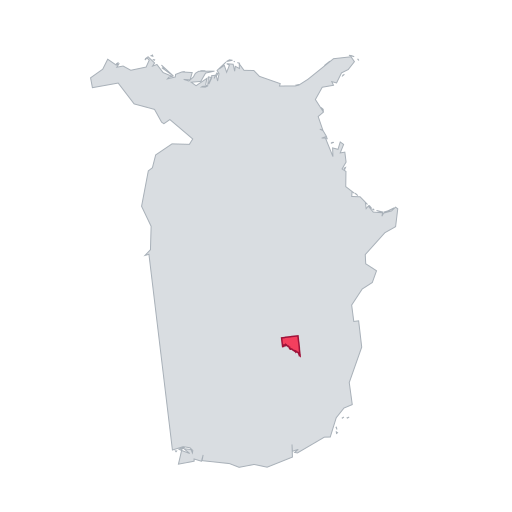 San Juan, Utah, United States of America (highlighted), rotated 264°
{"feature_id": "52423323B48895226682919", "entity_name": "San Juan", "entity_type": "district", "adm_level": 2, "iso_a3": "USA", "parent_name": "United States of America", "parent_adm1": "Utah", "projection": "orthographic", "projection_center": [-110.349, 37.749], "detail": "fine", "context": "in_parent", "style": "filled", "palette": "rose", "viewbox_px": 512, "rotation_deg": 264, "n_neighbors": 0, "source": "geoboundaries", "source_scale": "gbopen_adm2", "svg_char_len": 6087}
<svg xmlns="http://www.w3.org/2000/svg" viewBox="0 0 512 512"><g transform="rotate(264 256 256)"><path d="M420.0,150.7L442.4,137.0L440.5,110.9L450.5,110.1L457.8,123.1L467.2,129.1L460.5,136.9L461.2,139.6L458.3,137.3L458.8,143.7L453.8,150.9L455.4,166.5L462.0,170.3L464.3,168.2L462.5,166.1L463.9,166.8L465.4,169.5L458.6,175.3L455.7,173.0L456.8,177.5L448.1,182.8L443.4,191.4L442.9,188.0L441.4,186.4L442.5,194.5L445.0,195.0L446.8,201.5L445.1,211.7L438.1,208.9L439.2,202.5L437.0,207.5L440.6,212.5L444.0,214.8L445.7,218.3L444.2,234.0L443.2,225.0L435.4,219.3L435.6,209.7L431.6,214.2L437.8,225.7L431.7,223.9L430.2,225.0L430.3,220.5L429.8,219.4L429.2,223.1L430.1,225.7L439.1,227.4L438.2,230.3L433.4,227.3L431.9,227.1L437.8,230.6L440.0,230.8L440.0,234.4L436.9,232.9L442.1,236.1L441.4,237.1L438.9,235.4L434.0,236.1L441.2,238.3L444.6,236.7L452.1,246.5L446.0,239.1L448.9,244.4L441.8,246.0L448.5,249.5L450.3,247.0L449.1,253.3L442.0,254.1L446.8,255.2L444.2,259.1L448.9,259.4L441.9,263.5L440.7,273.2L434.3,278.2L424.9,298.1L422.6,297.1L421.0,312.8L421.4,316.3L426.3,326.1L444.1,353.7L444.2,371.3L439.0,374.2L431.8,367.2L429.2,360.2L419.7,354.2L421.5,349.6L417.7,350.9L416.9,339.5L405.4,331.4L392.1,338.1L388.2,332.4L374.3,335.6L375.5,332.7L373.6,335.8L367.5,338.6L366.4,333.6L366.0,337.4L346.8,342.9L355.5,343.5L353.5,348.7L360.6,351.7L357.8,354.8L349.7,350.5L350.0,355.2L340.0,355.4L333.6,350.7L330.7,354.3L315.6,352.5L308.1,360.4L310.0,358.3L305.2,357.4L304.0,365.7L295.6,372.3L297.5,370.4L291.6,370.5L293.9,372.9L287.4,377.2L285.7,386.4L282.4,385.4L285.3,387.4L286.6,395.4L290.0,399.9L288.1,401.9L270.6,397.9L265.7,386.6L246.0,364.8L236.8,364.3L228.7,374.3L217.5,368.9L212.1,358.2L197.2,346.0L180.7,346.4L180.8,351.3L154.3,351.6L120.4,335.5L98.2,336.2L95.6,327.6L86.8,318.9L68.2,310.9L68.7,305.0L55.8,276.6L56.6,273.9L59.3,277.8L58.0,271.8L64.8,272.1L52.2,271.2L44.8,245.0L48.9,232.3L47.6,217.1L52.3,208.0L58.1,181.0L63.7,182.6L57.6,180.3L60.6,173.2L58.4,173.0L57.1,157.1L70.4,161.7L66.5,169.4L71.8,164.3L70.4,171.0L66.8,172.2L69.2,172.8L72.2,170.3L74.0,163.6L71.8,152.6L268.9,149.7L268.2,145.7L273.3,151.7L296.5,154.8L317.4,147.4L351.9,157.8L354.6,162.2L367.0,166.8L376.3,184.2L374.0,201.4L379.0,205.3L400.7,184.6L397.2,178.2L399.0,176.1L412.4,170.4L420.0,150.7ZM452.2,184.6L455.8,181.9L443.6,192.7L453.0,182.1L452.2,184.6ZM71.9,159.2L73.1,163.8L72.9,164.4L70.8,160.8L71.9,159.2ZM289.5,398.5L286.6,391.8L286.3,387.7L287.1,391.9L289.5,398.5ZM461.6,136.9L462.6,139.0L461.8,138.9L461.6,136.9ZM334.1,352.7L334.7,354.3L332.9,353.3L334.1,352.7ZM75.0,318.4L77.3,317.7L77.4,318.0L75.0,318.4ZM72.7,317.5L71.7,318.6L71.1,317.5L72.7,317.5ZM462.2,173.9L461.7,175.7L461.3,175.5L462.2,173.9ZM287.2,383.8L286.3,387.2L288.7,380.6L287.2,383.8ZM438.7,344.5L442.1,349.9L438.2,344.0L438.7,344.5ZM85.9,324.8L86.7,326.6L85.7,324.9L85.9,324.8ZM445.3,371.9L444.0,374.5L445.9,369.4L445.3,371.9ZM453.9,250.1L453.1,253.1L452.5,246.9L453.9,250.1ZM70.6,155.5L70.4,156.7L69.7,156.0L70.6,155.5ZM294.2,374.1L291.1,376.1L294.2,373.6L294.2,374.1ZM466.1,172.6L466.7,174.1L465.4,174.3L466.1,172.6ZM85.5,329.7L86.1,331.8L85.2,329.9L85.5,329.7ZM290.5,377.4L289.2,378.4L290.2,377.0L290.5,377.4ZM446.0,221.1L445.5,225.0L445.8,219.8L446.0,221.1ZM307.3,362.0L305.4,363.6L308.1,360.9L307.3,362.0ZM421.8,314.3L422.1,316.9L421.4,315.2L421.8,314.3ZM449.6,259.5L449.2,260.2L450.3,257.6L449.6,259.5ZM397.0,336.1L394.9,338.1L393.9,338.1L397.0,336.1ZM366.5,338.3L366.1,338.9L364.7,339.1L366.5,338.3ZM426.7,361.2L427.4,362.9L426.2,361.0L426.7,361.2ZM361.0,343.5L360.9,345.3L360.2,342.3L361.0,343.5ZM441.0,378.1L439.7,378.7L441.4,377.6L441.0,378.1ZM446.9,202.7L446.7,204.6L446.8,202.0L446.9,202.7ZM452.0,254.2L451.5,255.0L451.3,255.1L452.0,254.2Z" fill="#d9dde1" stroke="#a8b0b8" stroke-width="1"/><path d="M158.2,283.5L158.0,283.9L158.0,284.0L157.8,284.2L157.6,284.2L157.5,284.3L157.4,284.4L157.3,284.5L157.5,284.7L157.7,284.8L157.6,285.0L157.4,285.0L157.4,285.3L157.5,285.3L157.4,285.5L157.2,285.6L157.2,285.8L156.8,285.9L156.6,285.8L156.5,285.7L156.4,285.6L156.2,285.6L156.3,285.8L156.5,285.9L156.5,286.0L156.3,286.2L156.3,286.5L156.2,286.6L156.1,286.8L156.1,287.0L156.0,287.3L155.9,287.5L155.7,287.5L155.6,287.8L155.5,288.0L155.4,288.1L155.2,288.1L154.9,288.2L154.7,288.3L154.5,288.2L154.4,288.3L154.2,288.3L153.9,288.4L153.7,288.4L153.3,288.6L153.2,288.8L153.1,288.7L152.9,288.8L153.0,288.9L153.0,289.1L152.9,289.1L152.8,288.9L152.6,288.8L152.5,288.7L152.4,288.7L152.4,288.8L152.5,288.9L152.6,289.0L152.4,289.2L152.4,289.3L152.2,289.2L152.0,289.4L152.6,289.4L152.8,289.4L153.9,289.4L154.5,289.4L157.3,289.4L158.4,289.4L158.6,289.4L159.5,289.4L159.7,289.5L163.7,289.5L163.8,289.5L164.9,289.5L167.1,289.4L168.3,289.4L169.3,289.4L170.2,289.4L170.3,289.4L170.6,289.4L171.0,289.4L172.2,289.4L172.2,288.6L172.2,288.4L172.2,288.2L172.2,287.4L172.2,287.2L172.2,286.6L172.2,285.3L172.2,284.0L172.2,283.9L172.2,283.5L172.2,282.7L172.1,282.1L172.1,281.6L172.1,281.2L172.1,280.6L172.1,280.2L172.1,279.8L172.1,279.7L172.1,279.4L172.1,278.7L172.1,278.4L172.1,276.7L171.9,275.7L171.9,275.4L171.9,272.9L168.3,272.9L163.6,273.0L163.8,273.2L163.7,273.5L163.5,273.4L163.4,273.5L163.6,273.6L163.8,273.9L163.5,274.2L163.7,274.3L163.7,274.5L163.8,274.4L164.0,274.2L164.0,274.3L163.9,274.5L164.1,274.7L164.3,274.6L164.2,274.8L164.1,275.0L164.3,275.1L164.2,275.3L164.4,275.3L164.4,275.5L164.6,275.5L164.7,275.8L164.8,275.9L164.5,276.0L164.8,276.2L164.6,276.3L164.8,276.4L164.4,276.7L164.4,276.8L164.4,277.0L164.2,277.1L163.9,277.3L163.7,277.3L163.5,277.5L163.4,277.6L163.4,277.8L163.2,278.0L163.1,278.3L163.1,278.5L162.9,278.5L162.8,278.4L162.7,278.4L162.6,278.5L162.4,278.7L162.4,278.8L162.2,279.0L162.1,279.3L162.0,279.5L161.9,279.6L161.6,279.6L161.4,279.7L161.4,279.8L161.2,279.7L160.8,279.7L160.6,279.7L160.4,279.7L160.3,279.8L160.3,280.0L160.2,280.2L160.1,280.3L160.0,280.5L159.9,280.6L159.7,280.6L159.7,280.9L159.8,281.0L160.0,280.9L160.1,281.0L159.9,281.2L159.9,281.4L159.7,281.6L159.6,281.9L159.5,282.1L159.4,282.3L159.2,282.4L158.9,282.5L158.7,282.8L158.6,283.0L158.4,283.3L158.2,283.4L158.2,283.5Z" fill="#f43f5e" stroke="#9f1239" stroke-width="1.5"/></g></svg>